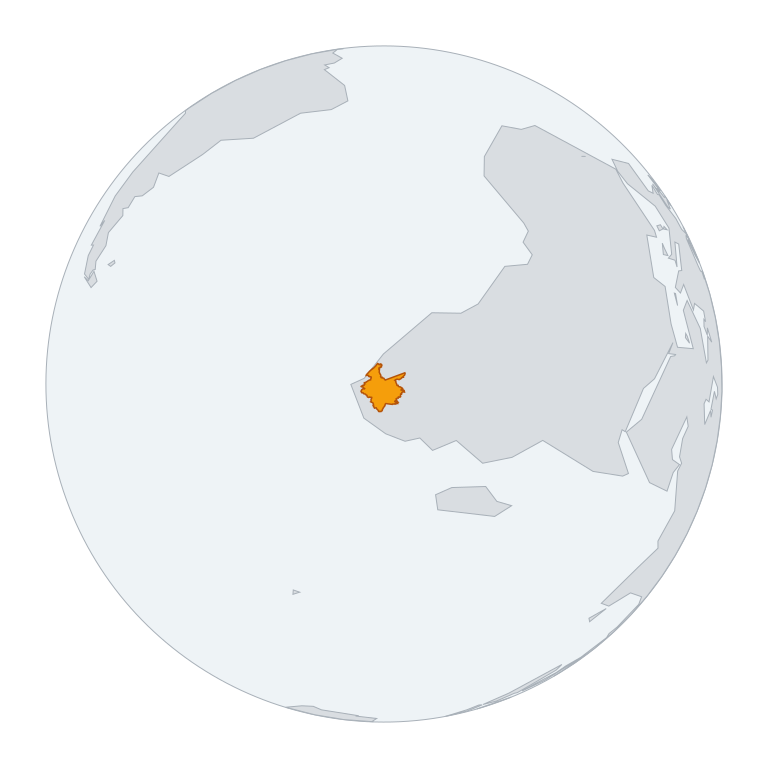 globe centered on Northern Cape, rotated 70°
{"feature_id": "ZAF-1188", "entity_name": "Northern Cape", "entity_type": "Province", "adm_level": 1, "iso_a3": "ZAF", "parent_name": "South Africa", "parent_adm1": "", "projection": "orthographic", "projection_center": [20.625, -28.845], "detail": "fine", "context": "on_globe", "style": "filled", "palette": "amber", "viewbox_px": 768, "rotation_deg": 70, "n_neighbors": 0, "source": "natural_earth", "source_scale": "10m", "svg_char_len": 9601}
<svg xmlns="http://www.w3.org/2000/svg" viewBox="0 0 768 768"><g transform="rotate(70 384 384)"><circle cx="384" cy="384" r="338" fill="#eef3f6" stroke="#a8b0b8"/><path d="M53.7,312.5L54.8,308.1L53.6,313.3L55.5,318.9L63.6,311.9L65.4,320.9L63.9,330.6L68.0,327.4L68.2,332.5L90.0,318.9L105.6,321.1L108.1,339.7L101.0,369.8L108.4,422.6L99.2,453.8L106.3,476.0L115.4,515.1L108.7,523.4L120.3,533.3L124.5,546.8L122.7,554.0L130.8,564.1L129.9,569.3L136.4,571.8L147.5,591.2L158.9,598.0L170.1,612.7L177.6,616.2L177.3,618.3L180.2,622.6L184.7,625.7L178.2,627.8L162.2,618.0L154.1,609.5L153.4,611.5L134.8,590.5L138.7,597.0L115.4,572.3L98.9,547.6L66.0,486.2L61.7,478.0L59.3,477.1L58.0,472.8L51.9,446.5L48.0,419.8L46.2,392.9L46.6,365.9L49.1,339.0L53.7,312.5ZM193.2,626.3L180.7,629.0L185.8,626.6L178.9,618.0L189.3,618.5L193.2,626.3ZM177.4,602.4L175.6,595.1L178.2,595.4L180.0,600.6L177.4,602.4ZM374.9,46.2L378.6,46.2L368.4,47.7L358.3,48.6L353.4,47.6L338.5,49.3L339.9,49.0L374.9,46.2ZM716.5,323.9L716.6,324.4L715.3,317.5L707.2,286.4L711.0,304.7L717.3,333.9L719.7,359.2L717.2,343.6L714.1,321.0L711.1,309.5L708.1,292.4L698.4,261.5L695.5,257.9L692.1,248.0L678.2,220.0L672.0,214.7L664.6,223.8L669.6,248.7L664.4,254.8L643.1,207.9L632.0,182.7L625.3,180.3L602.6,154.2L566.2,137.8L560.2,131.4L553.5,131.2L537.4,122.0L527.8,112.6L518.5,110.7L543.8,136.1L553.7,138.8L560.8,133.9L566.1,142.5L581.5,154.7L567.5,168.2L512.1,172.7L505.3,153.9L456.2,105.2L456.9,101.2L456.6,100.7L456.0,99.9L452.8,106.1L443.9,98.3L471.6,128.0L476.9,141.7L511.3,173.6L508.4,175.9L519.1,183.9L551.7,184.9L552.2,191.2L537.6,217.5L491.3,254.1L496.7,288.7L492.2,318.4L461.8,335.4L463.0,361.1L447.0,368.8L445.0,383.8L431.4,399.4L409.2,414.6L373.0,415.3L371.9,400.7L355.6,374.3L333.4,314.7L343.8,287.5L341.0,268.2L314.8,230.2L320.6,208.2L313.3,200.5L298.3,204.8L289.7,196.1L280.6,197.6L222.7,218.8L204.6,211.9L181.7,184.9L191.7,167.9L192.7,153.8L261.4,92.7L277.0,90.7L332.2,77.3L339.3,77.7L333.9,86.1L376.2,94.1L388.5,86.5L425.8,93.7L449.9,95.6L456.6,81.3L417.1,77.5L409.2,70.6L440.0,67.8L474.4,73.8L472.4,71.4L449.8,63.5L456.8,61.7L441.8,60.9L448.6,63.5L439.4,63.6L432.7,61.3L435.4,60.5L424.8,58.7L414.5,64.6L420.3,67.9L393.0,68.4L399.9,74.3L392.9,77.2L378.5,68.4L379.2,65.4L353.3,59.2L350.1,62.1L374.3,68.6L367.2,68.2L363.0,73.7L360.5,69.3L334.9,62.9L309.7,68.3L279.1,86.7L264.1,91.6L250.8,92.9L260.4,78.8L292.9,69.6L296.8,65.9L288.9,64.3L299.5,62.1L300.3,60.8L312.4,58.2L328.3,53.2L340.5,51.4L345.6,48.9L352.5,48.0L347.5,49.4L350.6,50.1L380.7,48.4L386.2,47.9L387.0,46.8L395.2,47.1L392.2,46.4L408.9,47.0L386.0,46.1L410.7,47.1L435.2,50.0L459.4,54.6L483.2,61.0L506.5,69.0L529.1,78.8L550.9,90.2L571.9,103.1L591.9,117.6L610.7,133.4L628.4,150.6L644.7,169.0L659.7,188.6L673.2,209.2L685.2,230.8L695.5,253.1L704.3,276.2L711.3,299.8L716.5,323.9ZM239.1,116.7L237.6,120.6L239.1,116.7ZM512.1,90.0L531.8,96.5L520.5,86.1L527.1,88.1L520.9,84.2L519.6,85.4L503.9,76.0L511.5,76.9L507.9,73.9L501.1,71.7L489.7,71.9L512.0,84.7L508.5,86.6L512.1,90.0ZM55.0,307.3L54.9,308.5L54.1,311.4L55.0,307.3ZM292.7,59.0L297.2,58.1L293.1,59.8L277.7,64.6L283.5,61.9L292.7,59.0ZM304.5,56.7L303.9,55.7L313.5,53.5L308.2,54.7L314.6,53.4L307.9,55.2L317.6,55.1L314.6,56.7L287.7,63.2L298.2,59.8L293.1,60.5L304.5,56.7ZM346.8,74.3L352.1,74.1L360.4,73.3L357.9,77.2L346.8,74.3ZM328.9,69.8L333.7,68.8L334.2,72.9L328.7,73.5L328.9,69.8ZM335.9,65.2L333.9,68.4L331.7,67.0L335.9,65.2ZM351.9,48.9L356.9,48.3L357.7,48.5L355.1,49.2L351.9,48.9ZM450.2,82.9L443.5,84.9L439.7,83.2L442.8,82.7L450.2,82.9ZM398.7,79.1L410.7,81.3L397.9,80.1L398.7,79.1ZM550.8,534.4L550.5,541.5L546.5,539.7L550.8,534.4ZM546.3,325.3L520.6,376.5L505.7,373.4L504.5,355.7L515.1,323.5L532.9,318.1L542.0,305.7L546.3,325.3ZM717.3,439.9L718.5,417.4L718.1,404.5L719.1,401.5L719.8,417.7L717.5,438.8L717.3,439.9ZM719.0,400.6L717.2,372.4L708.4,312.8L711.7,320.0L719.6,364.2L719.2,367.3L720.4,387.0L719.0,400.6ZM721.1,407.9L721.2,406.1L721.5,398.0L721.8,377.1L721.7,371.5L721.1,407.9ZM671.0,252.0L677.7,272.1L674.2,271.5L671.0,252.0ZM654.1,587.0L658.3,571.2L662.7,560.7L668.8,554.2L687.1,521.2L686.3,524.3L695.8,505.3L697.1,511.0L697.8,509.3L685.6,536.5L671.0,562.4L654.1,587.0Z" fill="#d9dde1" stroke="#a8b0b8" stroke-width="1"/><path d="M365.5,379.5L365.9,379.8L366.1,379.9L366.1,380.0L366.2,380.5L366.3,380.6L366.8,380.6L367.0,380.6L367.1,381.1L367.3,381.3L367.3,381.6L367.2,381.7L367.0,381.9L366.9,382.0L367.1,382.3L367.2,382.5L367.4,382.6L367.3,383.2L367.3,383.4L367.5,383.4L368.3,383.2L368.3,383.3L368.4,383.7L368.5,383.7L368.7,383.8L369.0,383.6L370.0,383.8L370.4,384.0L370.7,384.2L371.3,384.5L372.0,384.3L372.5,384.4L372.9,384.3L373.0,384.4L373.3,384.2L374.3,384.0L375.4,384.2L375.6,384.5L375.9,384.6L376.0,384.7L376.7,384.5L376.9,384.3L377.1,384.3L376.9,383.7L377.0,383.4L377.3,383.4L377.9,383.2L378.1,383.0L378.2,382.6L378.3,382.5L378.5,382.2L379.1,382.1L379.5,381.9L379.9,381.8L380.2,381.6L380.7,381.5L380.6,359.9L380.6,360.0L380.8,360.3L381.2,360.6L381.5,360.7L381.9,361.0L382.6,361.5L383.0,362.3L383.0,362.5L383.3,362.9L383.4,363.0L383.6,363.6L383.8,363.7L383.8,363.9L383.9,364.1L384.1,364.0L384.0,364.3L384.0,364.5L384.2,364.8L384.1,365.0L384.2,365.4L384.4,365.5L384.5,365.7L384.6,366.0L384.9,366.6L384.9,367.7L385.1,368.0L384.7,368.9L384.4,369.2L384.2,369.5L383.9,370.1L383.9,370.5L384.0,370.7L383.9,371.3L383.9,371.7L384.1,372.0L384.3,372.2L384.3,372.5L385.2,372.0L385.5,371.9L385.9,372.2L386.6,372.3L387.2,372.2L387.5,372.2L388.0,372.1L388.6,372.2L389.0,372.2L389.5,372.3L390.0,372.0L390.1,371.8L390.0,371.3L390.4,371.2L390.9,371.2L391.2,371.1L391.6,370.9L391.8,370.6L392.0,370.3L392.3,369.7L392.6,369.3L393.1,369.2L393.7,368.5L393.8,368.5L394.1,368.6L394.3,368.2L394.6,368.0L395.0,368.1L395.0,369.7L395.6,370.0L395.8,369.7L396.1,368.3L396.5,368.3L396.5,367.9L396.9,368.0L397.1,367.3L398.6,367.5L398.4,367.9L397.8,367.7L397.7,368.1L398.2,368.2L397.7,369.0L398.0,369.4L398.0,370.2L398.9,370.5L399.6,371.0L399.1,371.8L400.9,372.7L401.1,372.6L401.4,372.6L401.7,372.9L401.8,373.5L401.8,373.8L401.5,374.0L401.1,374.9L401.6,375.2L401.7,375.4L402.1,375.5L401.8,376.2L401.8,376.4L401.9,376.8L402.2,377.1L402.1,377.5L402.2,377.8L403.7,377.5L403.9,377.6L403.8,377.9L403.9,378.1L403.8,378.3L403.6,378.5L403.6,378.9L403.8,379.0L403.8,379.6L404.2,379.9L404.4,379.8L404.5,379.6L404.7,379.4L404.8,379.2L404.8,378.8L405.0,378.6L405.2,378.4L405.2,378.2L405.2,377.9L405.3,377.8L405.1,377.7L405.2,377.3L405.5,377.2L405.8,377.1L405.7,377.4L405.7,377.5L406.8,377.6L407.0,377.7L406.0,378.9L405.9,378.9L406.4,380.0L406.5,380.0L406.7,379.9L406.8,379.8L406.8,380.1L406.6,380.5L406.5,380.8L406.2,381.0L406.3,381.3L406.2,381.5L406.1,381.9L406.0,382.2L405.8,382.5L405.8,382.8L405.8,383.0L406.0,383.2L403.0,389.0L403.1,389.4L403.5,389.8L403.8,390.0L404.0,390.1L404.2,390.4L404.6,390.5L404.7,390.9L404.8,391.0L405.2,391.1L405.8,392.4L406.0,392.5L406.2,392.8L406.4,392.9L406.5,393.2L406.9,393.6L407.2,393.9L407.5,394.2L407.7,394.5L408.0,394.5L408.5,394.9L408.6,395.8L408.8,396.1L408.7,396.2L408.6,396.3L408.7,396.8L408.5,397.2L408.5,397.4L408.3,397.6L408.3,397.8L408.0,398.1L408.0,398.4L407.8,398.5L407.1,398.3L406.4,398.7L405.9,398.8L405.4,399.1L405.2,399.2L404.8,399.4L403.8,399.4L403.7,399.8L403.6,400.0L403.5,400.3L403.4,401.2L402.6,401.2L402.1,401.4L401.8,401.4L401.7,401.4L401.6,401.6L401.2,401.5L401.0,401.2L400.9,401.2L400.7,401.2L400.6,401.4L400.2,401.6L400.0,401.4L400.0,401.2L399.4,400.8L399.1,400.8L398.5,400.9L397.9,400.9L397.7,401.1L397.4,401.3L396.9,402.0L396.2,402.6L396.1,402.3L396.0,402.1L395.6,401.9L394.7,401.7L394.4,401.5L393.9,401.4L393.5,400.8L393.3,400.6L392.4,400.1L392.2,400.3L391.6,401.8L391.4,401.8L391.3,402.0L391.3,402.7L391.4,403.0L391.2,403.2L390.7,403.8L390.4,404.0L390.1,404.1L389.4,403.9L389.2,403.9L388.9,403.9L388.6,404.0L388.5,404.3L388.0,404.7L387.4,404.8L387.1,405.1L386.8,405.3L386.7,405.6L386.4,406.2L386.1,406.4L385.6,406.5L385.2,406.6L385.0,406.8L384.9,407.4L384.8,407.7L384.4,408.0L383.9,408.0L383.6,407.9L383.3,408.1L383.0,408.1L382.7,407.9L382.3,407.3L381.9,407.1L381.8,406.9L381.7,406.6L381.5,406.1L381.3,405.3L381.3,405.0L381.6,404.8L381.9,404.3L381.9,404.0L381.8,403.8L381.7,403.7L381.3,404.0L381.1,404.1L381.0,404.3L380.5,404.7L380.2,404.8L379.9,404.8L379.5,405.0L379.4,405.2L379.2,405.3L379.0,405.2L378.9,405.3L378.8,405.8L378.9,406.2L378.6,406.4L378.3,406.1L378.3,405.4L378.1,404.9L378.0,404.5L378.4,404.0L378.3,403.5L378.3,403.1L378.1,403.1L377.9,402.9L377.7,402.9L377.3,402.5L377.1,402.4L377.2,402.0L376.8,402.2L376.7,402.1L376.3,402.1L376.0,402.0L376.1,401.6L376.2,401.4L376.2,401.2L376.1,400.7L376.2,400.2L376.0,399.8L375.9,399.7L375.8,398.7L375.6,398.2L375.5,397.9L375.3,396.8L375.4,396.4L375.3,396.1L375.5,395.9L375.5,395.1L375.0,395.0L374.7,394.8L374.4,394.3L373.5,393.7L373.2,393.7L373.1,393.8L373.0,394.0L372.7,393.9L372.5,394.3L372.4,394.8L372.0,395.5L371.5,395.8L371.0,395.5L370.8,395.5L370.6,395.8L370.5,396.2L370.2,396.5L370.1,396.9L369.9,397.2L369.9,397.9L369.6,397.8L369.2,397.0L368.8,396.5L368.5,396.0L368.4,395.5L367.9,394.8L367.9,394.6L367.8,394.4L367.4,393.8L367.0,393.1L366.9,392.5L366.6,392.0L366.3,391.1L365.9,390.1L365.7,389.5L365.8,389.5L365.7,389.2L365.6,388.8L365.5,388.7L365.5,388.4L365.0,387.3L364.8,387.0L364.7,386.6L364.5,386.3L364.4,386.1L364.4,385.8L364.3,385.7L364.0,385.4L363.8,385.0L363.6,384.7L363.2,384.4L363.1,384.1L363.1,383.8L363.0,383.6L362.9,383.5L362.7,383.3L362.5,383.1L362.6,382.9L363.1,382.5L363.5,382.1L363.7,382.3L363.8,382.3L363.9,382.2L364.0,382.0L364.1,381.6L364.0,381.1L364.0,380.9L364.3,380.9L364.2,380.7L364.4,380.5L364.3,380.3L364.5,380.3L364.6,379.8L364.7,379.7L364.9,379.7L365.1,379.6L365.5,379.5Z" fill="#f59e0b" stroke="#b45309" stroke-width="1.5"/></g></svg>